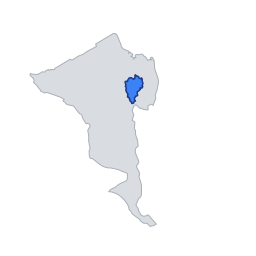 location of Ouest within Cameroon, rotated 149°
{"feature_id": "CMR-798", "entity_name": "Ouest", "entity_type": "Province", "adm_level": 1, "iso_a3": "CMR", "parent_name": "Cameroon", "parent_adm1": "", "projection": "robinson", "projection_center": [10.725, 5.593], "detail": "fine", "context": "in_parent", "style": "filled", "palette": "blue", "viewbox_px": 256, "rotation_deg": 149, "n_neighbors": 0, "source": "natural_earth", "source_scale": "10m", "svg_char_len": 5974}
<svg xmlns="http://www.w3.org/2000/svg" viewBox="0 0 256 256"><g transform="rotate(149 128 128)"><path d="M70.9,172.6L71.4,171.3L74.6,165.1L76.7,155.1L77.6,152.8L78.5,151.3L83.2,146.0L85.0,144.3L87.5,142.4L89.3,138.5L89.9,138.1L90.7,137.8L94.8,134.5L95.1,135.1L95.4,135.9L95.7,136.3L97.0,136.5L98.8,136.5L99.8,136.3L100.4,135.6L101.0,133.8L101.3,133.4L101.7,133.3L103.7,134.6L106.9,138.2L107.7,138.9L108.1,139.6L108.8,142.8L109.2,143.6L109.9,144.0L111.2,143.8L112.5,143.2L113.6,142.3L114.8,141.3L115.5,140.3L115.9,139.6L116.0,136.9L116.3,136.3L120.5,132.4L120.4,132.1L119.7,131.0L119.1,129.8L119.7,128.5L120.4,127.6L122.8,124.4L122.9,122.0L124.9,118.4L126.0,113.5L126.1,112.6L128.6,107.3L131.3,106.8L132.3,106.1L133.5,104.7L134.3,103.5L134.6,102.3L134.9,100.1L135.4,97.5L135.6,95.3L136.4,93.2L137.8,92.1L140.1,91.2L140.5,90.8L140.8,89.4L141.1,84.8L141.5,82.8L143.7,80.5L144.6,76.9L145.5,73.1L147.9,68.6L150.8,64.0L152.1,62.8L153.2,62.2L154.5,62.2L155.4,61.9L158.5,59.6L159.8,58.8L160.7,58.0L160.9,57.4L161.0,56.4L160.7,54.0L161.3,52.3L161.6,49.6L161.7,47.6L161.6,46.8L161.0,45.6L160.1,44.3L158.5,43.6L156.4,43.4L155.3,42.9L154.8,40.5L154.7,39.0L153.2,31.1L155.9,31.1L159.2,32.0L160.0,32.8L160.4,35.5L161.6,37.0L163.6,38.3L164.9,40.9L165.4,44.8L166.6,47.2L166.8,47.6L168.5,52.0L168.6,54.1L168.4,55.5L169.1,57.2L168.1,60.1L167.8,62.0L167.8,64.5L168.4,68.9L169.3,72.4L170.4,75.2L171.5,77.3L173.3,79.7L175.3,81.9L177.2,83.3L175.5,84.1L172.2,84.2L170.3,83.7L169.4,83.7L168.5,84.0L164.9,84.4L161.4,84.2L158.1,83.7L156.1,83.8L154.5,85.1L153.3,87.1L152.1,88.7L152.5,90.4L153.4,91.4L155.1,93.5L156.6,95.6L157.4,97.0L160.5,100.0L163.4,102.7L164.8,103.6L165.3,103.8L167.0,105.4L169.2,107.9L171.2,111.9L174.1,119.9L174.7,120.6L175.7,121.0L175.8,121.9L175.8,123.1L175.5,124.1L173.2,128.3L171.2,129.9L170.6,130.9L169.9,133.3L168.0,138.1L167.3,138.7L165.5,142.0L164.0,146.0L163.6,146.7L163.0,147.2L160.9,148.2L160.2,148.7L159.2,149.9L159.0,150.8L159.5,151.9L160.1,152.8L161.2,152.8L161.8,153.7L161.8,160.0L161.3,160.9L161.3,161.4L161.1,162.4L161.0,163.7L161.2,164.1L161.6,164.5L162.2,165.4L162.5,167.3L163.2,174.1L163.6,175.2L164.2,175.9L166.0,177.4L167.9,179.3L168.6,180.6L168.9,182.6L169.7,184.2L169.6,184.8L169.3,185.0L168.1,185.1L168.5,186.3L169.5,188.4L174.5,194.7L179.3,200.3L180.4,200.7L181.2,200.8L181.6,201.1L182.0,201.9L183.6,204.0L183.9,205.2L183.5,206.3L183.9,208.0L184.2,208.7L184.1,209.2L184.2,211.4L184.7,213.2L185.4,214.8L185.3,215.9L184.4,216.6L183.9,217.6L183.7,219.0L184.0,220.8L184.7,222.9L184.7,224.1L183.6,224.9L182.3,223.5L180.9,222.5L178.8,220.9L176.7,220.3L173.9,220.2L172.7,220.4L170.7,219.0L170.0,218.8L169.1,219.4L168.5,219.4L167.7,219.2L166.2,219.2L166.0,218.2L165.8,218.0L164.1,218.1L163.6,217.3L163.3,217.4L162.7,217.2L161.3,216.0L159.9,216.8L156.9,216.7L142.0,216.7L141.7,215.6L140.9,215.1L139.6,215.0L135.6,215.2L132.6,215.1L130.6,214.6L128.0,214.4L124.9,214.6L121.7,214.6L116.0,214.3L112.8,214.3L112.9,215.0L112.7,215.4L112.5,216.6L92.3,216.6L90.6,215.8L90.2,215.3L90.0,214.4L89.6,214.2L89.9,210.2L90.6,206.9L90.9,203.8L91.8,201.1L91.3,198.3L90.7,197.2L87.7,193.3L89.1,191.8L87.2,192.0L86.8,190.6L85.9,188.8L86.5,188.6L87.0,187.6L88.7,187.9L88.6,187.5L87.2,186.0L87.3,185.3L87.9,184.5L87.6,184.1L86.6,185.0L85.9,184.9L85.3,184.4L84.9,184.3L85.1,185.4L84.5,186.4L84.0,186.7L83.0,186.7L82.3,186.4L82.1,185.9L81.3,185.5L79.3,184.7L77.6,183.9L77.3,181.5L76.6,180.5L76.3,179.3L76.1,178.0L76.4,176.0L76.0,175.7L75.5,175.6L74.7,175.7L74.0,175.6L73.2,174.4L72.5,174.0L73.0,176.1L72.5,176.6L71.2,176.5L70.7,175.7L70.6,175.1L71.2,172.6L70.9,172.6Z" fill="#d9dde1" stroke="#a8b0b8" stroke-width="1"/><path d="M109.0,147.4L109.4,147.4L109.6,147.2L109.8,147.1L110.4,146.5L111.6,146.8L111.8,146.9L112.0,147.1L112.1,147.3L112.1,147.5L111.9,147.8L111.9,148.0L111.8,148.4L111.9,148.7L112.0,149.1L112.2,149.8L112.3,150.2L112.3,150.5L112.0,151.2L112.0,151.5L111.7,151.7L111.6,151.9L111.8,152.0L111.8,152.3L111.7,152.5L111.6,152.9L111.6,153.2L111.6,153.4L111.6,153.5L111.8,153.7L111.8,153.9L111.8,154.1L111.7,154.3L111.7,154.5L111.8,154.7L111.9,154.8L112.1,154.7L112.3,154.7L112.3,155.0L112.1,155.2L111.8,155.8L111.7,156.0L111.4,156.1L111.2,156.4L111.1,156.6L110.8,156.8L110.9,157.0L110.8,157.3L110.6,157.6L110.5,157.8L110.5,158.0L110.7,158.5L110.8,158.8L110.8,159.4L110.7,159.7L110.6,160.2L110.6,160.3L110.4,160.5L110.3,160.8L110.5,161.1L110.4,161.3L110.3,161.6L110.2,161.7L110.0,161.8L109.6,162.5L109.4,162.7L109.2,162.7L109.1,162.8L108.9,163.0L108.8,163.5L108.8,163.8L108.7,164.4L108.7,164.6L108.7,164.8L108.8,164.9L108.8,165.1L108.5,165.2L108.1,165.4L107.9,165.7L107.6,166.0L107.5,166.4L107.5,166.8L107.3,167.4L107.0,168.4L107.0,168.5L106.8,168.9L106.6,169.1L106.1,169.2L105.8,169.1L105.6,169.1L105.0,168.4L104.8,168.2L104.6,168.1L104.4,168.2L104.3,168.3L104.2,168.4L104.2,168.5L103.9,168.9L103.8,169.0L101.7,170.1L101.3,170.2L100.2,170.0L99.9,169.8L99.8,169.7L99.6,169.5L99.3,169.4L99.1,169.2L98.8,168.4L98.7,168.1L98.5,167.8L98.4,167.2L98.2,166.9L97.8,167.0L97.6,167.0L97.3,167.1L97.2,167.2L96.8,167.1L96.7,167.0L96.4,167.3L96.3,167.6L96.2,167.8L96.0,168.0L95.4,168.4L95.4,168.6L94.9,169.6L94.7,169.6L94.4,169.7L94.2,168.9L94.0,168.7L93.9,168.7L93.7,168.4L93.6,168.2L93.6,167.8L93.5,167.6L92.9,167.2L92.8,166.9L92.7,166.6L92.6,166.4L92.5,166.2L92.7,165.8L92.7,165.1L92.5,164.7L92.4,164.4L92.3,164.1L91.8,163.8L91.6,163.7L91.4,163.7L91.3,163.8L91.1,163.9L91.0,164.0L90.8,164.0L90.6,163.6L90.7,162.3L91.2,161.9L91.9,160.1L91.9,159.8L92.0,159.1L92.1,158.8L92.4,158.4L93.6,157.3L94.2,157.0L94.3,156.8L94.3,156.7L94.0,156.0L95.0,155.2L95.5,155.2L96.2,155.4L96.4,155.4L96.5,155.6L96.6,155.8L96.8,156.1L97.1,156.0L97.2,155.8L97.5,154.8L100.1,154.2L100.4,154.2L101.2,154.3L101.5,154.1L102.3,152.9L102.8,151.3L102.9,151.1L103.0,151.0L103.3,150.9L103.5,150.9L104.5,151.1L105.2,151.3L105.4,150.9L105.8,150.8L106.4,150.6L107.1,150.2L107.3,150.0L107.4,149.8L107.5,149.5L107.8,148.5L107.7,147.7L107.8,147.3L109.0,147.4Z" fill="#3b82f6" stroke="#1e3a8a" stroke-width="1.5"/></g></svg>